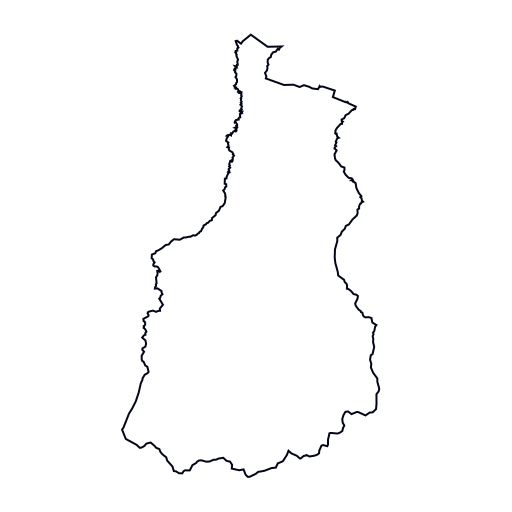 the district of Florida, Valle del Cauca, Colombia, rotated 92°
{"feature_id": "7082276B72857503251060", "entity_name": "Florida", "entity_type": "district", "adm_level": 2, "iso_a3": "COL", "parent_name": "Colombia", "parent_adm1": "Valle del Cauca", "projection": "mercator", "projection_center": [-76.226, 3.3], "detail": "fine", "context": "isolated", "style": "outline", "palette": "ink", "viewbox_px": 512, "rotation_deg": 92, "n_neighbors": 0, "source": "geoboundaries", "source_scale": "gbopen_adm2", "svg_char_len": 6074}
<svg xmlns="http://www.w3.org/2000/svg" viewBox="0 0 512 512"><g transform="rotate(92 256 256)"><path d="M451.8,365.4L451.3,363.4L449.8,361.0L447.3,359.0L446.1,354.8L449.3,350.7L451.1,349.2L452.4,345.8L454.9,344.8L457.3,342.8L460.3,338.7L463.6,337.6L469.2,332.2L473.8,330.6L474.0,328.5L475.8,325.3L475.8,322.1L473.6,320.9L472.7,319.5L472.6,314.7L467.2,312.2L465.0,308.6L463.7,307.8L462.4,305.9L462.1,303.4L463.3,298.6L463.0,295.3L461.1,291.2L461.0,288.9L459.8,286.5L458.8,281.7L461.8,278.2L462.4,274.8L465.5,272.6L469.3,272.8L470.7,265.3L469.7,261.0L475.0,258.7L477.0,256.5L476.9,254.7L473.7,248.6L471.7,246.4L470.4,240.2L467.4,233.1L466.8,228.8L462.5,227.0L460.2,222.0L453.8,218.2L449.5,216.7L452.0,213.8L454.2,208.3L456.8,205.1L456.8,204.3L454.1,201.3L453.8,199.4L453.1,198.7L454.5,195.6L453.5,190.5L452.1,187.3L450.9,186.1L448.4,186.0L443.3,184.0L442.6,182.3L443.6,178.2L442.3,177.5L437.1,177.6L430.6,176.4L430.2,174.8L430.6,168.2L429.4,165.6L427.8,163.6L424.8,163.0L422.3,161.8L419.7,163.5L416.0,164.1L411.9,163.0L408.6,161.2L408.2,158.5L410.7,155.0L408.5,150.2L408.3,148.7L411.5,141.0L408.5,136.9L408.2,134.0L404.8,130.7L399.6,130.4L389.9,130.8L387.0,128.7L384.3,128.2L377.6,130.3L374.1,130.5L368.7,134.8L363.4,137.3L359.7,137.0L355.7,138.4L351.2,137.8L350.0,136.1L342.8,134.7L337.9,136.0L334.8,135.9L332.0,136.6L330.2,135.8L328.7,136.4L326.9,135.2L322.6,134.5L320.8,133.3L318.4,137.4L313.9,138.5L313.2,141.2L313.5,144.7L312.7,146.1L311.3,147.1L308.9,147.7L308.4,149.1L307.4,149.4L306.1,151.5L302.2,154.6L300.0,155.2L295.2,153.1L292.5,152.7L291.2,154.3L290.7,157.1L287.9,159.6L286.0,162.1L285.5,164.0L282.6,163.9L280.7,164.5L278.9,166.4L276.7,167.2L272.7,173.1L268.8,173.8L260.1,176.5L254.7,177.3L246.7,177.3L238.4,175.3L234.8,175.4L232.0,172.2L228.6,171.0L225.8,168.3L222.7,167.2L221.3,164.3L216.2,160.9L211.9,156.6L209.8,156.0L206.0,156.2L205.0,154.6L202.7,154.7L200.3,153.8L199.7,152.7L198.7,152.6L198.0,150.9L196.8,152.1L194.7,152.5L193.5,153.8L192.5,152.8L189.7,155.3L184.7,158.0L179.6,159.0L178.0,162.0L177.4,162.1L177.3,161.6L176.9,161.9L176.9,163.2L176.0,162.2L174.9,163.2L174.9,165.3L174.0,166.9L171.4,169.5L168.6,171.2L166.9,170.6L164.5,170.7L163.5,174.0L160.1,176.7L157.5,179.6L155.9,180.4L151.8,181.1L147.6,179.1L145.8,181.3L144.7,181.1L143.4,179.7L142.5,180.8L139.7,179.5L139.0,180.3L135.5,178.9L135.0,177.4L133.7,179.0L130.9,179.7L131.2,180.5L130.7,181.1L127.7,180.9L125.4,179.7L121.2,176.1L120.9,174.6L119.3,174.8L118.7,173.9L117.8,175.1L116.6,175.2L115.2,172.6L112.2,171.4L110.6,168.5L107.0,165.4L106.5,163.7L105.6,163.6L105.7,162.1L103.2,161.5L100.2,168.9L99.0,169.7L99.5,170.1L98.8,171.8L99.1,172.0L94.5,184.7L87.9,183.0L84.3,195.3L84.7,197.6L83.9,198.3L87.1,199.8L86.6,205.6L85.1,208.6L83.6,214.0L85.6,218.3L83.5,224.5L84.1,234.0L78.2,252.4L76.2,251.9L72.7,253.4L70.2,251.5L67.3,251.1L65.8,251.5L64.3,250.2L62.3,251.1L59.4,251.1L57.7,249.8L56.7,248.2L54.3,247.8L51.9,246.1L51.0,243.3L48.2,241.5L49.0,240.3L47.2,239.5L45.7,237.7L46.5,251.7L35.0,268.9L41.9,276.8L44.3,278.4L41.5,282.5L41.9,283.8L45.4,282.5L47.0,281.3L48.0,281.5L48.4,280.9L49.6,282.0L51.4,281.8L51.9,283.5L52.6,283.3L53.0,283.7L53.4,283.0L54.4,283.2L55.4,282.3L56.7,282.6L60.3,280.8L62.4,281.5L65.5,280.9L65.7,281.8L67.3,281.8L67.0,283.5L68.4,282.2L68.5,283.1L70.0,283.0L69.8,284.0L71.0,284.4L72.2,283.2L73.2,283.3L74.5,281.9L76.8,282.0L77.8,282.8L80.1,281.2L82.8,281.0L83.8,281.9L85.0,281.9L86.7,283.9L87.4,283.1L88.4,283.1L88.3,281.9L89.6,282.1L89.5,280.3L91.5,279.1L92.6,279.8L93.6,278.8L93.7,277.8L92.4,278.2L92.0,277.8L92.7,277.2L92.8,276.2L96.3,276.4L96.8,275.8L98.9,276.8L99.5,276.2L100.8,276.6L102.4,275.7L103.3,276.6L104.5,275.7L105.5,276.8L106.9,275.2L109.3,276.0L110.0,275.3L110.7,275.8L111.0,277.3L111.7,277.5L112.4,276.6L112.3,275.1L113.3,275.9L113.2,275.0L113.6,274.8L114.9,277.0L118.0,276.6L118.2,277.5L119.4,278.4L120.2,278.1L120.9,280.9L122.8,282.0L123.3,281.9L122.7,281.1L125.3,279.4L126.1,279.5L126.5,280.2L127.5,279.4L128.5,281.5L129.0,279.8L130.2,280.7L130.9,279.8L131.7,280.0L132.2,280.6L131.5,281.3L132.4,282.9L134.6,284.3L134.3,285.2L136.3,285.2L135.7,286.5L136.3,288.8L136.9,289.4L137.2,288.0L139.9,289.5L142.0,289.9L143.6,287.6L144.3,288.0L146.7,287.3L148.2,288.4L148.6,286.7L150.0,287.0L151.5,286.3L153.1,283.3L154.9,282.2L155.4,282.6L156.5,281.5L158.4,282.9L159.4,282.6L160.9,283.1L161.5,284.3L162.0,283.8L161.6,282.8L162.1,282.9L162.7,283.4L162.1,285.1L165.4,286.0L166.4,285.2L167.5,286.0L168.6,284.9L170.2,286.4L171.5,285.8L172.9,286.8L173.3,285.5L174.6,286.8L178.2,288.2L179.5,288.2L179.8,289.8L184.9,289.8L185.3,288.3L187.6,288.1L188.3,289.2L190.4,289.8L191.7,291.1L194.2,289.3L196.3,288.7L197.5,288.9L198.2,288.3L204.2,289.1L207.3,291.1L208.2,293.2L212.0,294.6L214.5,297.5L216.5,297.8L219.7,301.3L221.8,301.4L222.5,303.4L224.5,305.1L224.8,306.3L226.1,307.2L227.4,309.5L229.2,309.7L230.5,310.8L233.1,311.8L233.8,313.1L235.1,313.8L235.8,315.2L236.8,315.8L237.8,317.8L237.4,319.4L239.2,322.5L239.0,323.4L240.0,327.1L240.0,328.7L242.4,332.8L242.1,338.5L244.4,341.3L247.5,343.6L248.2,346.7L251.6,350.5L254.1,354.4L254.5,355.9L256.8,356.8L258.2,360.1L261.9,360.2L263.0,358.7L264.8,358.3L265.9,357.1L267.8,358.3L269.1,358.3L270.0,357.1L269.8,355.4L270.6,353.5L274.7,351.0L275.2,351.6L274.2,353.3L274.4,354.2L276.8,353.7L279.0,354.1L280.8,355.2L286.8,354.4L287.8,355.1L289.3,354.8L290.6,355.7L292.1,355.9L291.8,353.3L294.3,349.2L296.1,349.0L297.4,348.1L299.0,349.8L301.3,350.4L302.0,351.2L308.0,347.3L311.9,350.3L314.1,350.0L314.3,351.9L315.3,353.8L314.2,357.2L315.5,361.6L317.0,362.4L318.8,361.3L320.0,361.6L322.8,366.4L325.1,366.0L325.5,364.9L326.9,364.4L328.6,364.4L330.1,365.8L330.8,365.4L331.7,365.8L333.3,364.0L335.5,362.9L336.9,364.0L338.5,363.7L339.3,365.3L341.5,366.9L344.3,363.5L347.5,362.8L350.5,363.4L352.2,366.2L353.6,366.4L355.6,364.5L359.7,366.8L363.5,366.6L364.9,366.0L365.5,364.7L369.3,362.8L370.5,360.7L375.5,359.3L376.8,360.2L378.6,363.1L382.2,365.1L383.7,365.2L387.4,366.7L396.8,368.5L405.5,371.1L413.1,374.6L417.9,377.4L432.2,382.5L434.2,383.8L443.4,379.7L448.9,368.7L451.8,365.4Z" fill="none" stroke="#020617" stroke-width="2"/></g></svg>